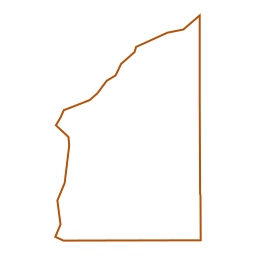 outline of Fountain, Indiana, United States of America
{"feature_id": "52423323B15325953487278", "entity_name": "Fountain", "entity_type": "district", "adm_level": 2, "iso_a3": "USA", "parent_name": "United States of America", "parent_adm1": "Indiana", "projection": "orthographic", "projection_center": [-87.288, 40.16], "detail": "fine", "context": "isolated", "style": "outline", "palette": "amber", "viewbox_px": 256, "rotation_deg": 0, "n_neighbors": 0, "source": "geoboundaries", "source_scale": "gbopen_adm2", "svg_char_len": 416}
<svg xmlns="http://www.w3.org/2000/svg" viewBox="0 0 256 256"><path d="M199.7,97.9L199.7,15.4L183.4,29.5L167.4,32.7L136.1,46.9L134.5,52.1L121.1,63.9L115.6,75.4L106.8,80.7L97.3,93.4L89.7,100.1L63.8,110.2L60.4,117.8L55.9,125.3L68.5,137.0L69.2,145.4L64.7,182.9L57.4,200.5L60.5,224.5L55.3,236.8L63.5,240.6L105.9,240.5L200.7,240.3L200.5,195.9L200.1,193.5L199.7,97.9Z" fill="none" stroke="#b45309" stroke-width="2"/></svg>